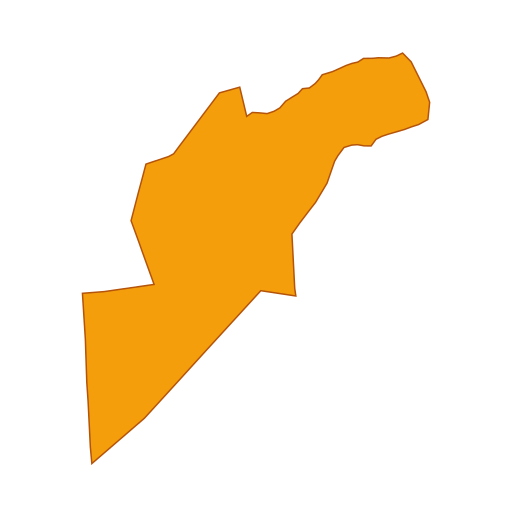 outline of Sussuapara, Piauí, Brazil, rotated 80°
{"feature_id": "56859067B50131316472878", "entity_name": "Sussuapara", "entity_type": "district", "adm_level": 2, "iso_a3": "BRA", "parent_name": "Brazil", "parent_adm1": "Piauí", "projection": "robinson", "projection_center": [-41.387, -7.006], "detail": "fine", "context": "isolated", "style": "filled", "palette": "amber", "viewbox_px": 512, "rotation_deg": 80, "n_neighbors": 0, "source": "geoboundaries", "source_scale": "gbopen_adm2", "svg_char_len": 1041}
<svg xmlns="http://www.w3.org/2000/svg" viewBox="0 0 512 512"><g transform="rotate(80 256 256)"><path d="M134.8,58.3L123.8,60.0L91.7,69.5L81.6,76.4L83.5,83.3L84.1,90.7L82.0,101.2L81.6,106.6L80.1,115.8L82.7,122.1L83.0,128.1L84.0,134.1L87.7,148.6L89.0,159.3L93.2,163.6L96.4,167.7L99.8,174.3L99.3,181.2L103.2,186.2L105.8,192.8L108.7,199.9L114.3,206.8L116.6,213.1L117.7,220.3L115.6,227.9L114.0,234.7L116.9,240.9L86.9,242.7L89.0,263.7L128.5,306.0L134.0,311.9L141.1,319.4L142.9,324.9L145.3,341.3L146.4,348.4L162.4,355.8L172.6,360.6L199.5,372.9L223.9,368.6L232.4,367.2L266.3,361.3L264.7,411.6L262.6,433.4L308.3,438.5L351.2,444.6L369.9,446.6L415.4,452.3L431.9,453.7L396.4,394.1L366.2,354.9L340.2,321.3L291.0,257.3L302.3,223.7L294.7,223.5L240.6,216.8L230.8,206.9L219.0,194.1L213.6,188.1L196.6,173.4L190.1,169.8L176.3,162.1L171.4,157.9L164.4,150.5L163.4,142.5L164.0,136.7L166.3,130.4L167.6,123.5L161.9,117.6L160.0,111.3L159.0,104.6L157.2,88.0L155.8,80.4L154.8,73.1L151.4,63.0L134.8,58.3Z" fill="#f59e0b" stroke="#b45309" stroke-width="1.5"/></g></svg>